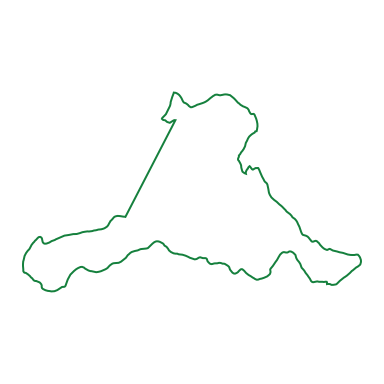 Melgaço, Pará, Brazil (Natural Earth projection)
{"feature_id": "56859067B49216481916383", "entity_name": "Melgaço", "entity_type": "district", "adm_level": 2, "iso_a3": "BRA", "parent_name": "Brazil", "parent_adm1": "Pará", "projection": "natural_earth1", "projection_center": [-51.032, -1.536], "detail": "fine", "context": "isolated", "style": "outline", "palette": "green", "viewbox_px": 384, "rotation_deg": 0, "n_neighbors": 0, "source": "geoboundaries", "source_scale": "gbopen_adm2", "svg_char_len": 6008}
<svg xmlns="http://www.w3.org/2000/svg" viewBox="0 0 384 384"><path d="M357.9,254.7L356.3,254.6L354.4,255.0L352.0,255.0L350.3,254.9L347.8,254.5L343.0,252.9L341.5,252.6L339.7,252.3L337.1,251.5L332.8,250.5L330.3,249.1L329.6,248.9L328.4,249.3L327.5,249.9L326.8,249.9L324.4,248.9L322.5,247.4L319.9,244.6L319.2,243.4L318.4,242.6L317.7,242.1L317.3,241.5L316.1,240.9L315.2,240.9L313.0,241.7L312.2,241.7L311.3,241.1L310.9,240.4L310.2,239.7L309.8,239.1L308.6,237.6L307.6,236.6L305.9,235.7L303.0,234.9L302.5,234.5L301.8,233.5L301.6,232.9L301.2,232.1L299.4,226.8L297.9,223.8L297.3,222.3L296.2,220.5L294.8,218.9L292.8,217.5L292.2,216.9L291.5,215.7L290.0,214.1L286.8,211.7L286.3,211.2L285.4,209.9L284.9,209.5L282.1,206.6L280.6,205.3L279.5,204.5L276.7,201.8L274.1,199.9L271.4,197.4L269.8,194.8L269.1,193.1L268.9,192.4L268.3,188.8L267.4,184.6L266.9,183.6L266.5,183.1L264.9,181.7L264.5,181.2L263.5,179.2L262.1,176.7L260.1,172.1L259.3,170.0L258.8,169.2L258.5,168.4L258.1,168.0L255.5,168.1L254.8,168.5L252.9,169.6L252.0,169.2L251.5,168.5L250.9,167.8L250.2,166.7L249.6,166.2L248.6,167.1L248.1,167.9L247.9,168.6L247.4,169.0L246.4,170.5L245.9,172.0L245.7,172.8L245.9,173.7L244.8,173.3L244.0,172.8L242.6,171.8L242.3,171.2L241.9,169.8L241.3,167.6L241.1,165.4L240.8,164.5L240.1,163.0L239.3,161.6L238.9,160.8L238.4,160.4L238.1,159.8L238.0,159.1L238.2,158.2L238.6,157.5L238.9,156.6L238.9,155.5L240.1,154.2L241.1,152.4L242.7,150.5L243.0,149.9L243.5,149.4L243.8,148.7L244.6,147.2L245.1,146.1L245.8,143.0L246.1,142.4L247.0,140.8L248.0,138.5L249.2,136.6L250.9,135.0L251.9,134.2L253.3,133.3L254.6,132.6L255.3,131.4L256.6,131.2L257.0,129.6L257.5,126.3L257.4,123.8L256.8,120.8L256.1,118.5L254.5,114.7L254.1,114.2L253.6,113.9L251.4,114.1L250.8,113.8L250.3,113.3L250.0,112.7L249.2,111.4L248.6,109.8L247.7,108.6L247.1,108.1L245.0,107.1L242.5,106.1L241.9,105.6L240.6,104.9L238.8,103.2L238.2,102.9L237.6,102.3L235.1,99.5L233.7,98.1L230.1,95.2L227.1,94.5L225.6,94.4L224.0,94.5L223.3,94.7L220.2,95.3L219.4,95.2L217.0,94.6L215.2,94.8L212.7,96.3L212.0,96.9L210.5,98.0L207.7,100.4L205.5,101.8L203.8,102.6L202.2,103.2L198.5,104.4L197.3,104.7L195.3,105.8L192.9,106.8L191.8,107.2L190.6,107.2L188.8,105.9L188.1,105.0L186.6,103.8L185.6,103.2L184.0,102.6L183.2,101.7L182.6,100.6L181.6,98.4L180.4,96.5L179.1,94.9L177.8,93.9L176.8,93.3L175.6,92.8L173.8,92.6L173.5,93.7L172.3,96.8L170.8,101.6L170.6,102.5L170.6,103.3L170.1,105.6L169.6,106.7L165.9,114.2L164.5,115.7L162.8,117.4L162.3,117.9L161.9,118.8L162.8,119.7L163.3,120.0L165.2,120.3L165.7,120.7L166.3,121.3L167.2,122.0L169.8,122.8L173.6,120.4L174.6,120.1L175.4,120.2L125.4,216.9L124.5,216.7L123.7,216.7L120.1,216.1L117.7,215.9L116.1,216.2L114.7,216.7L113.8,217.4L112.6,218.9L111.1,220.5L110.4,221.1L109.8,222.3L109.4,222.9L108.2,225.2L107.4,226.2L106.9,226.7L105.1,227.9L103.7,228.6L101.2,229.3L98.2,229.6L97.0,230.0L95.7,230.3L94.0,230.5L92.1,231.1L88.9,231.5L87.3,231.4L84.6,231.8L82.4,232.2L79.9,233.1L76.7,234.0L73.2,234.1L68.7,235.0L64.5,235.6L55.7,239.4L54.8,240.0L51.6,241.1L49.4,242.5L46.7,243.5L45.7,243.7L44.7,243.7L43.7,243.3L42.9,242.4L42.6,241.7L41.9,238.4L41.3,237.5L40.2,236.9L39.3,237.0L38.6,237.2L37.6,238.1L35.8,240.1L35.2,240.5L33.9,242.2L33.1,242.9L32.4,243.9L31.7,244.7L30.5,247.0L29.5,248.9L28.8,249.7L27.8,250.7L26.1,253.0L24.6,255.9L23.6,260.2L23.2,261.5L23.0,264.0L23.0,266.0L23.3,269.5L23.3,271.1L23.9,272.2L24.5,272.7L25.8,272.9L27.9,274.3L30.0,276.1L30.9,277.3L32.3,278.4L33.2,279.7L34.3,280.7L35.4,281.0L36.2,281.0L39.6,282.4L40.1,282.8L41.3,284.3L41.7,285.4L41.7,287.0L42.1,288.2L43.0,289.0L45.4,290.2L47.9,290.9L49.1,291.0L51.5,291.4L54.5,291.2L57.3,290.1L62.0,287.0L62.7,286.9L63.7,286.9L64.6,286.7L65.3,286.1L65.6,285.5L67.2,281.0L67.8,279.4L70.4,274.6L74.0,271.0L76.2,269.2L78.2,268.0L80.5,267.0L81.6,266.9L82.2,266.9L84.0,267.6L85.1,268.6L88.5,270.5L90.4,271.1L91.1,271.1L95.3,272.0L96.2,272.2L97.0,272.1L98.7,271.8L101.0,271.2L105.4,269.3L106.6,268.6L107.6,267.9L108.8,266.5L110.1,265.2L112.4,263.6L113.8,263.2L118.7,262.8L121.0,261.7L125.9,257.8L127.8,255.1L128.6,254.5L130.3,252.9L131.7,252.0L134.8,251.0L137.7,250.4L140.4,249.2L141.6,249.0L145.6,248.6L146.9,248.4L148.0,248.0L152.5,243.6L154.4,242.1L156.1,241.4L156.9,241.3L157.9,241.3L159.8,241.8L162.8,243.4L163.5,244.0L164.5,245.6L166.5,246.8L168.1,248.8L169.0,250.4L170.9,252.0L173.5,253.3L175.6,253.7L177.3,253.7L178.7,254.3L182.4,254.7L185.6,255.7L188.5,257.0L189.7,257.7L194.5,259.3L195.1,259.3L196.2,259.1L196.8,258.9L198.6,257.8L199.3,257.5L200.2,257.3L202.8,258.1L205.0,258.1L205.6,258.2L206.2,258.4L206.7,258.8L207.0,259.5L207.6,261.3L208.3,262.1L209.6,263.4L210.2,263.8L211.3,264.1L212.3,264.0L214.3,263.4L217.3,263.3L218.8,262.9L220.0,262.9L220.8,263.0L222.7,263.7L224.1,263.7L224.8,263.9L227.6,265.6L228.7,266.5L229.2,267.2L229.9,269.3L230.3,270.0L232.4,272.6L233.6,273.4L234.4,273.6L235.2,273.6L236.8,272.9L238.0,272.1L238.6,271.3L240.4,269.6L241.1,269.2L241.8,269.2L242.4,269.3L244.1,270.7L246.1,273.0L248.6,275.0L250.6,276.1L252.9,277.7L253.5,277.9L254.7,278.8L256.6,279.7L257.9,279.7L260.0,278.9L261.6,278.6L264.0,277.8L267.2,276.4L269.7,274.3L270.1,273.6L270.5,272.2L270.5,271.5L270.2,269.7L270.5,268.8L272.9,265.9L275.5,262.0L277.0,260.0L278.6,257.1L280.1,254.6L281.9,252.9L282.7,252.4L283.9,252.1L285.9,252.5L287.3,252.5L287.9,252.3L289.2,251.5L289.8,251.4L290.8,251.5L291.4,251.7L292.7,252.4L293.3,252.8L295.1,254.6L295.5,255.1L295.9,256.8L296.4,258.3L297.3,259.9L299.2,262.2L300.4,264.2L300.9,265.7L301.6,267.7L303.2,269.4L304.3,270.7L305.6,272.9L307.7,275.5L308.1,276.2L309.9,278.7L311.0,280.9L311.9,281.8L312.5,282.1L313.3,282.2L317.2,281.4L319.1,281.8L322.5,281.8L323.9,282.0L325.6,281.7L326.7,281.8L327.0,282.4L326.9,283.4L327.0,284.1L327.8,283.9L328.6,284.0L329.2,284.0L330.0,284.1L331.6,284.9L332.9,284.9L336.0,284.4L336.9,283.8L339.8,280.9L343.9,277.6L345.2,276.8L346.9,275.6L350.0,272.9L351.9,270.9L352.6,270.5L356.4,267.3L357.5,266.8L359.8,265.0L360.3,264.4L360.9,262.3L361.0,261.3L360.9,260.0L360.0,257.4L359.1,256.0L357.9,254.7Z" fill="none" stroke="#15803d" stroke-width="2"/></svg>